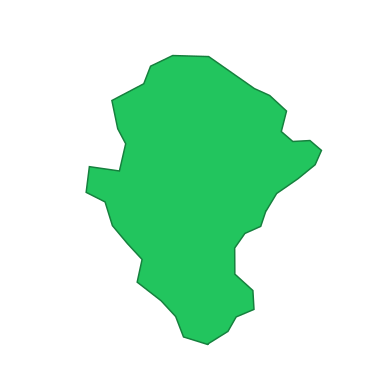 outline of Alampra, Nicosia, Cyprus, rotated 305°
{"feature_id": "46923920B79876706126113", "entity_name": "Alampra", "entity_type": "district", "adm_level": 2, "iso_a3": "CYP", "parent_name": "Cyprus", "parent_adm1": "Nicosia", "projection": "robinson", "projection_center": [33.406, 34.989], "detail": "fine", "context": "isolated", "style": "filled", "palette": "green", "viewbox_px": 384, "rotation_deg": 305, "n_neighbors": 0, "source": "geoboundaries", "source_scale": "gbopen_adm2", "svg_char_len": 792}
<svg xmlns="http://www.w3.org/2000/svg" viewBox="0 0 384 384"><g transform="rotate(305 192 192)"><path d="M312.5,128.0L292.7,97.9L271.3,85.9L253.0,90.4L221.0,73.9L201.2,94.9L193.5,110.0L167.6,120.5L153.9,93.4L131.0,105.5L132.5,115.9L134.0,126.5L118.8,146.1L112.7,168.7L108.1,189.8L86.7,198.8L85.2,229.0L80.6,250.1L68.4,268.2L76.1,292.3L76.6,292.6L77.0,292.3L98.2,301.3L98.3,301.4L114.3,299.9L115.1,299.9L131.4,310.1L146.2,298.4L149.3,274.2L170.6,259.1L187.4,259.1L188.4,259.1L203.3,268.0L216.8,264.0L217.6,263.8L218.6,263.4L218.6,263.6L239.3,262.2L263.7,271.2L278.9,275.5L284.8,277.2L285.1,277.2L296.2,275.0L300.3,274.2L301.8,259.1L291.2,245.6L292.7,230.5L312.5,223.0L315.6,200.3L312.5,183.8L312.5,161.1L312.5,144.6L312.5,128.0Z" fill="#22c55e" stroke="#15803d" stroke-width="1.5"/></g></svg>